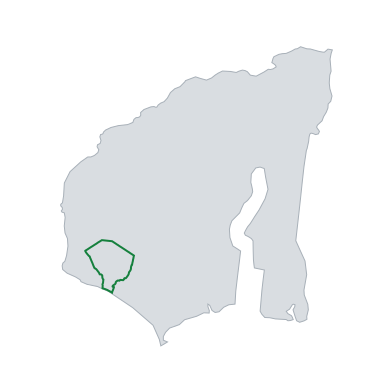 location of Louga, Louga, Senegal, rotated 276°
{"feature_id": "50182788B22933374767599", "entity_name": "Louga", "entity_type": "district", "adm_level": 2, "iso_a3": "SEN", "parent_name": "Senegal", "parent_adm1": "Louga", "projection": "natural_earth1", "projection_center": [-16.123, 15.776], "detail": "fine", "context": "in_parent", "style": "outline", "palette": "green", "viewbox_px": 384, "rotation_deg": 276, "n_neighbors": 0, "source": "geoboundaries", "source_scale": "gbopen_adm2", "svg_char_len": 5900}
<svg xmlns="http://www.w3.org/2000/svg" viewBox="0 0 384 384"><g transform="rotate(276 192 192)"><path d="M302.1,173.9L306.9,183.5L305.9,188.0L304.8,194.7L307.5,199.6L310.7,202.8L313.0,205.7L315.5,209.7L315.9,217.7L315.5,223.5L317.1,226.1L318.5,229.4L318.3,232.1L317.4,234.5L314.3,237.8L313.9,243.7L318.8,251.0L322.0,255.0L322.0,257.2L322.9,259.7L325.2,262.6L326.7,261.9L328.3,259.5L329.0,257.9L333.2,258.6L335.2,259.4L338.0,264.1L339.0,267.3L339.7,271.2L342.5,276.2L345.0,279.7L345.5,281.8L347.8,284.8L346.4,291.3L346.6,294.7L345.1,303.5L344.8,307.6L344.9,309.1L348.3,312.3L348.0,316.7L344.5,315.9L338.6,315.4L326.7,317.7L322.6,316.8L314.8,317.1L309.2,318.3L302.1,321.2L296.7,320.5L293.7,318.2L289.8,318.4L285.4,317.2L280.7,315.0L276.4,313.9L271.7,309.8L269.6,309.1L268.1,310.2L266.8,311.5L265.5,312.4L263.0,311.6L262.0,308.9L262.8,306.2L263.0,304.2L261.8,303.1L259.0,302.7L254.4,302.7L247.1,301.9L245.4,301.4L229.0,300.7L211.9,300.6L197.5,300.6L179.2,300.5L166.4,300.4L154.4,300.3L145.2,305.7L135.2,311.6L121.7,314.7L106.2,313.6L101.3,314.4L96.2,317.0L92.4,318.9L87.0,320.0L80.2,319.1L77.4,319.6L75.6,317.0L73.7,312.7L74.9,309.5L79.1,307.5L85.4,304.8L88.7,306.2L90.7,306.2L91.0,304.5L90.4,303.6L85.7,301.3L83.2,298.2L81.1,300.0L79.4,303.8L77.9,304.9L75.7,306.0L74.5,303.4L74.0,300.9L75.0,299.0L74.5,288.3L75.1,282.5L74.8,277.5L77.8,274.2L80.6,272.2L91.7,272.0L102.0,271.8L111.9,271.9L122.0,272.1L123.0,262.0L126.2,261.2L130.9,260.2L139.9,259.0L149.8,257.8L151.9,255.9L153.6,252.5L154.6,249.6L156.6,248.3L159.4,249.3L163.1,250.9L166.8,253.3L171.2,255.5L174.1,256.9L181.0,260.5L192.9,265.4L202.6,267.3L214.4,263.7L222.9,261.4L223.9,257.1L222.6,252.9L216.2,249.1L207.6,249.5L205.0,250.5L201.0,251.8L198.6,252.3L194.5,251.4L189.3,248.1L186.1,244.8L181.6,243.2L176.2,241.6L167.6,234.7L163.1,233.5L158.8,233.1L150.6,234.5L142.6,238.2L138.4,246.5L130.4,246.4L113.5,246.1L97.9,245.9L85.0,246.5L83.7,240.4L80.7,235.6L75.7,231.4L74.6,227.6L76.3,224.3L81.1,221.5L82.2,219.5L79.7,219.8L75.9,221.6L73.4,221.7L73.1,216.4L68.9,209.6L64.2,198.0L58.8,193.3L54.3,183.9L49.6,180.3L45.3,178.6L41.6,179.0L40.3,183.3L35.7,177.1L42.0,174.9L55.4,167.2L70.8,145.1L84.6,118.9L86.4,112.7L88.1,108.0L89.2,97.3L91.2,91.0L93.1,89.8L95.4,84.9L98.2,76.3L101.4,71.5L105.0,70.6L107.8,71.0L109.8,72.8L115.6,73.9L125.2,74.3L132.7,73.0L138.0,70.0L144.9,68.5L153.4,68.5L157.9,67.2L158.4,64.8L159.5,64.0L161.3,65.0L163.0,64.6L164.5,62.9L166.1,62.8L167.7,64.3L174.8,64.7L187.6,64.1L199.5,68.6L210.3,78.2L215.9,84.6L216.3,87.8L218.1,91.1L221.4,94.3L224.3,94.9L227.0,92.9L229.1,93.1L230.7,95.6L233.7,96.1L237.2,94.6L239.6,95.1L240.1,96.6L240.7,97.4L242.3,97.7L244.6,99.6L247.7,104.7L250.3,111.8L252.3,120.9L255.0,125.9L258.2,126.7L260.1,128.6L260.5,130.7L261.4,132.2L263.0,133.0L265.7,132.6L269.0,135.6L272.4,142.3L273.0,145.3L272.5,147.0L272.7,148.1L275.0,149.3L277.1,151.5L278.9,154.8L282.8,157.7L288.7,160.2L292.9,164.1L295.5,169.1L300.9,173.4L302.1,173.9Z" fill="#d9dde1" stroke="#a8b0b8" stroke-width="1"/><path d="M108.7,101.5L107.8,102.0L106.4,102.8L106.3,103.0L106.2,103.0L105.9,103.5L105.7,103.8L105.5,104.4L105.3,104.8L104.9,105.2L104.7,105.4L104.5,105.6L104.4,105.7L103.2,106.8L102.9,107.1L102.7,107.3L102.3,107.7L102.2,107.8L101.2,108.4L100.9,108.6L100.5,108.8L100.5,109.2L100.5,110.3L100.3,110.6L100.2,110.8L99.8,111.3L99.4,111.5L98.9,111.6L98.3,111.6L97.8,111.8L97.4,111.8L97.1,111.9L96.7,112.2L95.6,112.8L95.4,112.9L95.4,113.0L93.9,113.0L93.2,113.0L92.7,113.0L92.2,113.0L91.8,112.9L91.2,112.7L90.8,112.6L90.4,112.7L90.1,112.8L89.8,112.9L89.5,113.0L89.1,113.0L88.7,113.0L88.3,113.0L87.5,113.0L86.9,113.1L86.8,113.6L86.8,113.9L86.7,114.2L86.6,114.5L86.4,115.4L86.3,116.0L86.1,116.6L86.0,117.1L85.8,117.6L85.7,118.2L85.4,118.8L85.1,119.2L85.0,119.6L84.9,120.0L84.7,120.5L84.5,120.9L84.4,121.2L84.1,121.8L83.9,122.3L83.7,122.8L83.6,123.0L84.9,123.2L86.0,123.6L87.0,123.8L87.5,124.0L88.1,124.1L88.6,124.2L88.9,124.3L89.1,124.3L89.3,124.3L89.5,124.1L89.5,123.8L89.5,123.6L89.5,123.3L89.5,123.0L89.6,122.9L89.8,122.9L90.0,122.9L90.4,123.0L90.8,123.3L91.2,123.8L91.8,124.4L91.9,124.6L92.2,125.0L92.4,125.1L92.7,125.3L93.0,125.5L93.3,125.6L93.6,125.6L94.0,125.6L94.3,125.6L94.6,125.8L95.0,126.0L95.4,126.4L95.7,126.8L96.0,127.1L96.2,127.4L96.2,127.5L96.3,128.1L96.2,129.0L96.3,129.2L96.4,129.3L96.8,129.6L97.0,129.7L97.1,130.0L97.1,130.9L97.1,131.8L97.1,132.0L97.1,132.7L97.2,132.8L97.4,132.8L97.5,132.9L97.7,133.2L98.1,133.5L98.5,133.6L98.8,133.6L99.1,133.8L99.3,134.1L99.3,134.4L99.3,134.8L99.3,135.1L99.6,135.4L99.9,135.6L100.4,135.9L100.7,136.1L101.1,136.3L102.1,136.9L102.9,137.3L103.2,137.4L103.7,137.6L104.1,137.6L104.7,137.7L105.0,137.7L105.4,137.7L105.5,137.7L105.9,137.9L106.3,138.2L107.0,138.6L107.6,138.9L108.0,139.0L108.4,139.2L108.8,139.2L109.3,139.3L109.6,139.3L110.0,139.2L111.0,139.2L111.5,139.3L111.8,139.3L112.6,139.5L113.1,139.6L113.5,139.8L113.5,140.0L114.9,140.1L115.0,140.1L115.8,140.2L116.6,140.3L117.3,140.4L118.1,140.4L118.9,140.5L119.6,140.6L120.4,140.7L121.2,140.7L121.9,140.8L122.7,140.9L123.6,139.2L124.4,137.6L124.9,136.6L125.0,136.5L125.3,136.0L125.3,135.9L125.5,135.6L125.6,135.3L125.7,135.2L126.1,134.3L127.0,132.6L127.9,130.9L128.7,129.3L129.6,127.6L130.4,125.9L130.9,125.0L131.1,124.6L131.3,124.3L131.4,124.0L131.6,123.7L132.1,122.6L132.8,121.4L133.0,121.0L133.4,120.1L133.7,119.6L133.8,119.5L133.9,119.3L134.1,118.8L134.7,117.7L134.7,117.4L134.7,117.1L134.7,116.0L134.7,114.4L134.7,112.8L134.7,111.2L134.7,109.6L134.7,108.7L134.7,108.0L134.7,107.5L134.7,107.4L134.3,106.9L134.0,106.5L133.7,106.1L133.2,105.5L132.8,105.0L132.5,104.5L132.0,103.9L131.6,103.4L131.3,103.1L130.6,102.3L129.3,100.6L127.9,98.9L126.6,97.2L125.2,95.5L123.8,93.8L122.5,92.1L122.4,92.0L122.2,92.0L121.0,92.8L120.0,93.7L118.8,94.9L117.6,96.2L117.4,96.6L117.2,97.0L116.3,97.4L115.5,97.8L114.5,98.4L113.7,98.8L112.1,99.7L110.7,100.5L109.3,101.2L108.8,101.5L108.7,101.5Z" fill="none" stroke="#15803d" stroke-width="2"/></g></svg>